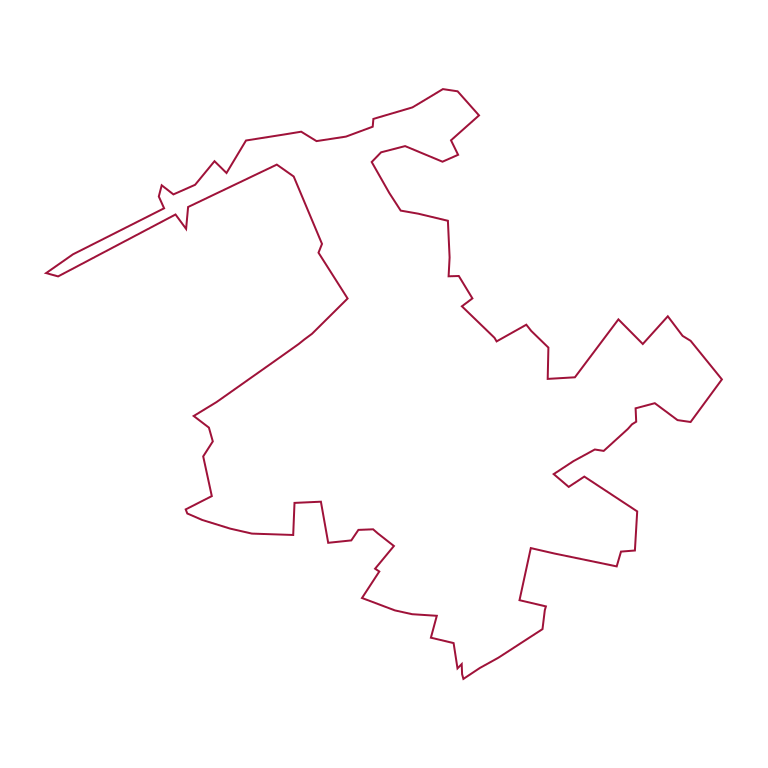 Nurafshon city, Tashkent, Uzbekistan
{"feature_id": "79887680B3865119870711", "entity_name": "Nurafshon city", "entity_type": "district", "adm_level": 2, "iso_a3": "UZB", "parent_name": "Uzbekistan", "parent_adm1": "Tashkent", "projection": "orthographic", "projection_center": [69.353, 41.047], "detail": "fine", "context": "isolated", "style": "outline", "palette": "rose", "viewbox_px": 768, "rotation_deg": 0, "n_neighbors": 0, "source": "geoboundaries", "source_scale": "gbopen_adm2", "svg_char_len": 1550}
<svg xmlns="http://www.w3.org/2000/svg" viewBox="0 0 768 768"><path d="M451.0,140.3L479.0,115.4L457.6,91.3L442.9,89.1L412.4,107.4L373.4,118.9L372.7,126.7L346.0,136.6L316.5,141.1L301.2,131.7L284.1,134.5L246.0,140.5L226.5,173.0L214.5,161.2L195.1,184.8L173.4,194.4L161.7,185.3L158.8,196.5L164.1,208.3L73.0,254.3L46.1,273.1L58.1,276.4L175.5,214.5L186.1,228.9L188.1,207.0L276.8,164.6L293.7,176.5L322.0,243.9L318.5,252.7L347.6,298.5L312.0,333.8L304.3,339.5L298.7,344.0L276.6,359.7L216.5,402.1L193.7,416.0L208.9,427.6L212.8,441.4L203.2,456.4L211.8,496.1L185.7,509.4L187.3,513.5L202.3,520.0L230.1,528.6L251.9,533.6L293.2,535.0L294.5,502.9L320.9,501.7L328.2,542.8L351.3,540.4L358.4,529.9L373.1,529.3L377.7,533.3L393.9,546.0L375.1,568.7L379.3,571.5L362.0,598.0L394.9,610.4L412.1,614.2L436.8,615.8L430.9,637.7L453.6,643.1L457.5,668.4L461.7,664.1L462.1,674.2L463.4,678.9L479.8,668.0L498.4,657.7L542.5,629.1L544.8,610.2L545.9,606.4L519.5,600.2L530.8,548.1L554.8,553.6L616.7,566.4L621.0,551.6L634.9,550.5L637.2,511.4L584.3,476.6L568.7,486.9L553.7,474.1L573.5,461.1L594.8,449.5L603.7,450.9L627.9,428.9L632.0,424.3L636.2,421.7L635.6,408.3L654.8,403.2L677.5,420.1L690.6,422.0L721.9,379.4L690.6,340.8L682.6,335.9L667.8,316.3L642.8,344.0L618.4,319.4L574.9,377.3L547.7,378.9L548.4,347.6L531.2,330.9L526.3,324.7L496.6,341.4L494.5,337.8L461.9,306.3L472.4,298.4L458.8,276.0L448.6,276.3L449.6,257.5L447.9,220.8L418.3,213.7L400.7,210.6L389.3,193.0L371.7,162.0L381.1,152.3L405.1,146.1L442.5,161.7L458.1,154.8L451.0,140.3Z" fill="none" stroke="#9f1239" stroke-width="2"/></svg>